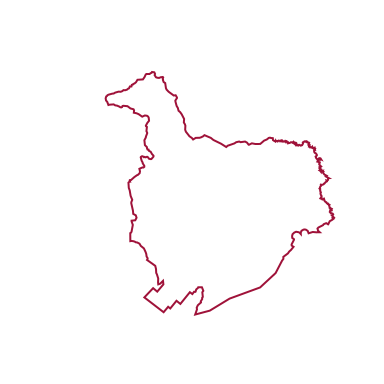 outline of Atwima Nwabiagya South, Ashanti, Ghana, rotated 129°
{"feature_id": "2480657B44972771575405", "entity_name": "Atwima Nwabiagya South", "entity_type": "district", "adm_level": 2, "iso_a3": "GHA", "parent_name": "Ghana", "parent_adm1": "Ashanti", "projection": "robinson", "projection_center": [-1.826, 6.689], "detail": "fine", "context": "isolated", "style": "outline", "palette": "rose", "viewbox_px": 384, "rotation_deg": 129, "n_neighbors": 0, "source": "geoboundaries", "source_scale": "gbopen_adm2", "svg_char_len": 5886}
<svg xmlns="http://www.w3.org/2000/svg" viewBox="0 0 384 384"><g transform="rotate(129 192 192)"><path d="M262.8,214.1L269.0,209.0L268.1,208.2L267.2,206.7L266.6,205.3L266.5,204.1L265.7,202.8L265.2,200.3L266.1,197.9L266.1,193.9L267.8,190.4L268.9,188.6L270.7,186.7L271.4,184.8L272.2,184.3L273.1,184.2L272.5,174.1L274.5,171.5L277.4,168.9L278.1,167.4L280.5,163.8L283.6,161.5L285.0,160.1L283.2,159.0L279.3,158.6L281.8,156.1L291.3,156.3L291.2,161.7L303.9,162.7L303.3,138.4L296.2,138.3L296.2,135.6L286.3,135.6L286.3,130.6L271.2,130.6L271.1,127.5L268.2,127.6L267.7,126.7L267.2,126.5L265.1,127.4L262.8,127.0L262.1,127.2L259.8,124.3L261.7,121.0L263.4,120.9L266.7,117.6L267.9,117.5L268.8,116.7L271.4,116.4L272.2,115.5L276.4,116.2L279.0,115.5L280.0,114.3L285.2,112.4L273.0,103.5L251.2,95.7L223.3,79.0L202.4,76.0L188.7,78.8L186.5,78.9L184.9,80.2L179.3,78.8L177.1,79.0L174.8,78.6L170.7,78.6L170.9,80.8L170.1,81.6L164.9,82.7L164.5,83.1L164.6,85.2L163.2,86.5L161.5,87.3L159.2,87.0L157.4,86.1L156.2,83.9L155.9,83.0L156.2,81.0L155.2,81.9L153.2,82.5L151.1,81.7L150.2,80.9L149.6,79.8L149.4,77.6L150.7,75.4L147.1,73.0L145.0,69.9L142.9,67.4L142.8,69.6L141.4,71.5L140.0,71.4L135.3,69.3L134.2,69.4L132.1,68.3L131.6,67.8L131.6,66.2L131.4,65.8L128.0,66.6L125.6,65.6L123.9,65.2L124.1,65.9L123.8,66.5L122.5,65.8L122.2,68.5L121.0,68.1L120.5,68.2L120.3,69.1L120.9,70.8L121.1,70.8L120.8,72.4L119.2,73.1L118.9,72.1L118.5,71.8L118.1,71.9L117.8,72.9L117.2,72.9L117.7,74.5L117.3,74.5L117.2,75.8L116.1,76.8L116.1,77.1L115.5,77.2L115.7,77.7L115.4,78.8L115.9,79.1L115.6,79.7L115.9,80.3L115.4,81.2L115.7,82.0L115.5,83.3L114.1,85.3L115.2,85.9L115.5,85.6L115.8,86.0L115.7,86.6L116.2,88.2L114.8,88.4L114.3,88.1L113.3,89.2L113.3,89.8L112.5,91.1L111.2,91.6L111.1,92.3L110.6,92.6L110.4,93.2L109.6,93.7L109.1,95.0L108.6,94.8L108.4,95.2L107.1,95.7L106.1,95.6L105.3,96.5L105.1,96.5L104.9,95.6L104.0,95.0L103.2,94.6L102.4,94.7L102.1,94.4L100.3,94.4L98.7,93.8L98.5,94.0L98.7,94.4L98.4,94.8L98.2,94.3L97.0,93.9L95.7,94.9L95.1,94.3L95.7,97.7L94.6,97.5L95.1,100.0L94.7,102.0L94.2,102.6L93.6,102.6L93.8,103.7L93.2,103.8L93.5,104.1L94.2,104.0L94.8,104.5L95.2,104.3L94.8,105.9L94.9,106.5L94.2,106.3L94.1,105.5L93.4,105.4L93.1,105.7L93.4,107.9L92.7,108.4L92.3,108.1L92.2,108.5L90.9,107.8L90.6,110.4L88.8,111.2L89.1,111.6L88.7,111.9L89.2,112.9L89.0,113.2L89.2,113.5L88.8,113.5L88.8,113.9L87.7,114.2L87.7,113.8L86.8,113.6L86.6,112.9L86.2,112.5L85.5,112.5L85.4,112.1L85.0,113.2L85.2,113.9L85.8,114.5L87.6,114.7L87.8,115.2L87.6,116.4L87.3,117.4L86.4,117.8L86.4,118.2L85.0,118.0L84.4,118.6L84.0,120.3L84.3,121.2L83.9,122.3L82.7,123.4L81.8,123.4L81.7,123.1L81.3,123.6L80.9,123.6L81.0,124.5L80.4,124.7L80.8,125.2L81.8,125.3L82.1,126.5L81.4,127.1L82.4,127.3L82.7,127.9L82.6,128.3L82.9,128.5L82.5,128.9L83.1,129.7L82.1,130.3L81.6,130.3L82.0,131.3L80.1,131.8L80.1,132.4L80.7,133.1L80.5,133.6L80.9,133.9L80.4,134.9L80.6,135.1L81.0,134.4L81.9,136.5L82.9,136.6L83.3,137.0L83.9,137.0L84.5,136.2L86.3,135.9L86.9,136.6L87.5,136.6L87.9,138.4L88.8,138.5L88.8,139.0L89.2,139.2L89.1,139.5L89.5,140.0L88.9,140.9L90.2,140.7L89.7,142.6L88.8,142.3L88.6,142.6L89.0,143.7L90.1,143.2L90.1,143.7L89.3,144.1L89.2,144.5L90.0,144.3L90.2,144.5L89.7,144.9L90.9,146.0L91.0,146.4L92.3,146.9L93.7,148.0L92.9,148.7L93.3,149.3L92.9,150.5L93.5,151.3L94.0,151.0L93.8,151.8L94.7,151.9L95.8,153.3L95.2,153.7L95.2,154.7L95.6,154.8L95.6,154.1L96.0,154.1L96.8,155.0L96.1,155.2L96.1,155.4L97.1,156.1L97.6,157.1L98.7,157.2L98.6,157.7L98.9,158.3L100.1,158.7L99.7,159.3L100.1,159.2L100.5,159.7L100.7,161.7L99.3,163.1L100.3,164.5L100.7,165.6L101.7,166.4L104.1,166.9L106.7,168.3L111.7,169.2L114.8,172.9L116.5,176.1L119.5,177.5L119.6,177.8L119.0,180.3L119.4,182.5L122.7,185.6L123.1,187.1L125.5,189.0L127.5,189.6L133.6,193.4L135.5,193.7L136.2,199.8L138.1,208.1L138.1,211.4L140.0,218.1L141.7,218.4L143.7,219.3L145.2,220.3L147.5,223.1L150.5,224.2L150.1,226.1L150.3,229.1L150.0,230.3L149.0,234.7L147.9,236.5L144.6,238.9L143.8,240.2L143.1,242.1L140.2,244.1L138.1,248.9L137.4,251.4L137.3,253.6L135.6,255.9L134.8,258.1L132.2,261.7L131.4,262.5L128.5,262.8L128.0,263.2L127.1,265.6L128.5,266.9L128.8,273.3L128.4,276.2L127.7,277.6L124.2,281.4L124.4,283.2L123.2,285.2L122.7,285.4L122.3,286.1L121.1,286.5L121.0,287.1L122.7,288.7L123.7,289.1L124.3,289.7L125.1,291.0L125.5,292.2L124.7,294.6L123.5,295.0L122.7,296.6L123.9,298.6L124.8,298.4L125.8,299.0L127.0,299.2L129.0,301.7L129.8,301.9L132.6,301.2L135.4,301.0L139.1,305.0L142.0,304.6L143.9,305.0L144.9,305.6L145.6,305.5L146.6,306.2L148.1,305.5L149.1,306.7L151.1,306.2L152.0,306.7L153.3,306.9L154.9,307.9L156.0,309.4L157.4,309.6L159.0,310.5L160.2,312.2L163.2,314.3L164.7,314.8L165.8,315.9L168.9,318.1L170.0,318.6L171.0,318.5L171.7,318.8L173.5,318.1L175.0,316.4L175.3,314.6L177.0,311.7L176.1,311.1L173.2,308.0L173.0,306.2L172.0,304.5L171.3,301.9L171.3,301.2L170.9,300.3L170.0,299.8L168.9,300.1L168.2,299.6L165.9,296.1L165.8,292.4L164.5,289.5L165.0,288.4L167.0,287.1L165.7,284.6L165.1,282.5L164.8,278.1L162.2,276.8L161.1,275.0L161.0,273.6L161.5,272.4L163.7,270.2L166.4,270.2L169.5,269.6L169.8,269.2L169.8,268.0L173.4,265.7L174.1,264.2L174.5,263.8L177.9,262.7L178.7,262.2L181.7,261.6L185.2,258.1L185.5,255.3L186.5,254.3L187.0,253.2L186.4,252.5L187.1,251.3L186.7,249.5L187.7,247.0L188.0,244.8L188.4,244.4L188.9,244.2L191.9,244.3L192.3,244.6L193.2,246.2L192.7,248.4L192.9,249.1L194.2,249.8L194.5,250.9L195.2,251.2L195.2,252.4L195.6,253.3L196.9,253.8L197.3,253.7L199.4,250.8L200.1,249.0L200.7,248.4L201.7,245.5L202.5,244.9L203.5,245.1L204.1,246.0L207.1,247.5L208.7,245.4L210.4,244.5L213.0,244.9L213.5,245.3L216.7,246.2L221.0,246.9L221.8,247.7L222.2,247.3L222.7,247.4L223.0,246.7L223.4,247.1L224.7,247.3L228.6,243.7L229.9,241.5L233.6,237.3L235.7,233.5L238.0,232.8L238.9,232.2L243.7,226.1L246.0,223.9L245.5,221.0L246.9,218.9L249.7,218.3L252.3,220.9L252.9,220.4L254.8,217.3L260.9,214.0L261.9,213.8L262.8,214.1Z" fill="none" stroke="#9f1239" stroke-width="2"/></g></svg>